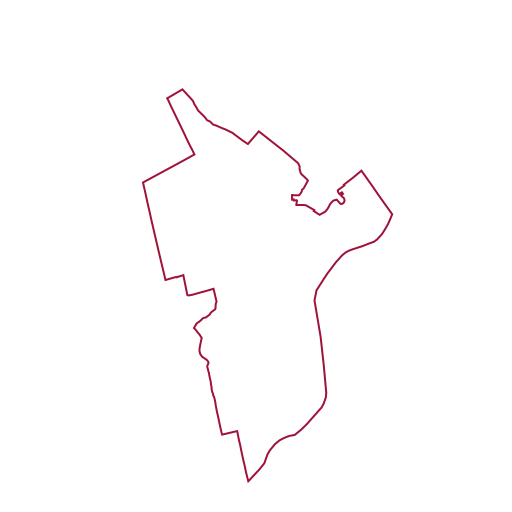 Crivat, Giurgiu, Romania, rotated 145°
{"feature_id": "2599482B25594026358369", "entity_name": "Crivat", "entity_type": "district", "adm_level": 2, "iso_a3": "ROU", "parent_name": "Romania", "parent_adm1": "Giurgiu", "projection": "natural_earth1", "projection_center": [26.439, 44.187], "detail": "fine", "context": "isolated", "style": "outline", "palette": "rose", "viewbox_px": 512, "rotation_deg": 145, "n_neighbors": 0, "source": "geoboundaries", "source_scale": "gbopen_adm2", "svg_char_len": 3814}
<svg xmlns="http://www.w3.org/2000/svg" viewBox="0 0 512 512"><g transform="rotate(145 256 256)"><path d="M306.7,380.3L307.5,378.4L310.9,370.0L313.4,364.1L316.4,356.8L317.4,354.2L320.6,346.6L324.2,337.7L334.0,313.3L343.9,288.3L333.6,284.7L333.5,284.2L326.5,282.0L334.6,263.5L334.3,262.8L334.0,262.5L333.5,262.2L330.5,260.8L324.8,258.8L314.4,255.1L311.4,254.1L309.6,253.5L314.5,241.2L314.9,241.0L316.4,239.9L317.4,238.7L318.9,236.7L319.7,236.0L320.6,235.7L321.2,235.7L323.9,235.7L326.0,235.4L327.3,234.6L332.3,234.4L334.3,235.3L335.6,235.4L336.7,235.2L337.5,235.0L340.4,234.7L342.3,234.9L343.8,234.6L346.4,233.4L348.1,232.6L347.7,230.0L347.6,226.5L347.3,224.4L347.4,222.8L347.4,221.2L347.4,220.2L348.8,218.8L351.7,216.1L355.5,212.4L356.8,210.6L357.9,207.7L357.9,204.3L356.3,200.3L355.8,198.5L355.8,197.7L355.8,197.0L355.9,196.2L356.2,195.7L357.4,194.9L358.5,194.2L359.2,193.6L359.5,193.1L360.0,191.8L361.4,188.1L361.4,187.5L361.8,186.8L362.8,184.8L364.6,180.5L365.3,178.7L366.0,177.6L366.8,176.0L367.6,174.0L368.0,173.6L368.3,173.3L368.5,172.8L368.9,171.9L369.6,170.4L369.8,169.8L370.0,168.8L370.3,167.7L370.5,167.2L370.9,166.6L371.1,165.4L371.2,164.6L371.6,163.4L372.1,162.2L372.5,161.2L372.9,160.4L373.2,159.5L374.5,157.1L377.6,150.2L377.9,149.3L380.5,143.1L383.6,135.9L384.6,133.3L385.1,132.2L386.2,129.1L371.9,123.4L372.0,123.1L372.7,121.4L373.2,120.3L375.7,114.6L377.2,110.7L379.1,106.4L381.0,102.0L383.2,96.7L383.9,95.1L385.0,92.1L387.7,85.8L388.4,84.1L389.8,80.4L391.5,75.9L390.2,76.1L389.3,76.3L388.1,76.6L375.8,79.2L371.9,80.3L368.0,81.5L360.2,87.0L356.3,88.8L348.5,91.0L342.3,91.5L337.1,90.8L331.6,89.4L327.0,87.2L319.0,87.8L310.9,89.1L289.2,94.3L285.0,96.4L279.8,100.2L276.8,103.8L274.2,108.4L271.6,112.9L263.3,127.4L249.5,152.6L240.5,171.5L233.6,186.0L226.1,193.2L213.4,198.4L207.6,200.7L195.2,204.7L194.3,205.0L193.4,205.2L187.0,206.7L185.3,207.1L184.4,207.2L180.4,207.5L179.5,207.4L176.6,207.0L173.5,206.2L172.4,205.9L162.7,202.9L155.5,201.2L151.3,200.0L147.3,200.1L140.6,201.6L138.7,202.3L134.5,204.1L129.6,206.4L124.0,209.8L123.3,210.3L120.5,212.0L120.7,236.1L120.6,247.2L120.7,265.4L131.9,264.5L143.1,264.0L143.1,263.2L145.7,263.0L149.5,263.0L150.7,262.9L151.3,262.9L151.5,262.5L151.8,262.0L152.0,261.2L152.1,260.7L152.2,259.7L152.1,258.9L149.1,258.9L149.1,257.0L151.6,256.8L151.3,255.0L150.8,252.9L151.1,251.8L151.7,250.6L152.8,249.7L154.0,249.3L154.7,249.2L156.5,249.7L156.9,250.6L157.6,255.9L159.0,256.3L160.4,256.9L161.6,256.9L162.9,256.7L164.3,256.4L165.1,256.1L166.5,255.6L167.9,254.6L168.8,254.3L170.1,253.7L170.8,253.4L174.1,252.6L177.6,253.0L179.8,253.2L180.3,253.3L180.4,253.7L181.4,255.9L181.9,257.3L182.9,259.7L181.9,260.1L184.0,264.6L185.3,267.3L186.1,269.1L189.2,271.5L193.7,274.6L193.7,274.8L191.0,277.4L190.8,277.7L190.7,278.0L190.7,278.3L190.9,278.5L191.5,278.8L192.2,279.1L192.8,279.5L193.1,279.7L193.3,279.9L193.0,280.3L192.7,280.7L193.2,281.0L193.7,281.3L193.9,281.4L194.1,281.5L192.8,283.4L191.5,285.3L191.3,285.2L191.2,285.0L190.5,284.4L189.4,283.5L186.0,281.1L185.6,281.1L185.3,281.2L183.3,281.8L182.6,282.2L181.9,282.4L181.4,282.8L180.3,283.8L177.8,284.2L175.2,285.5L170.2,288.0L170.4,290.3L171.3,294.6L171.8,296.6L171.9,297.5L171.8,298.5L170.6,301.6L170.3,302.6L168.9,304.2L168.4,306.9L168.2,307.6L173.2,326.7L182.2,356.5L186.0,355.5L198.4,352.4L200.7,358.2L204.3,369.1L204.3,369.7L205.9,372.6L208.2,376.8L210.9,380.9L213.5,385.3L215.1,387.4L215.8,388.4L216.2,390.8L216.5,392.5L217.8,394.7L218.2,395.4L218.2,398.0L218.6,401.0L219.3,404.7L220.0,408.5L219.6,411.9L219.4,416.0L218.7,419.0L219.1,422.8L220.7,434.7L223.5,434.9L229.5,435.4L238.3,436.1L238.4,435.1L238.5,434.0L238.9,431.9L239.8,427.0L242.8,408.3L244.8,396.1L245.6,391.9L247.0,382.8L247.4,379.3L248.2,374.5L259.8,375.7L304.3,380.8L306.4,381.0L306.7,380.3Z" fill="none" stroke="#9f1239" stroke-width="2"/></g></svg>